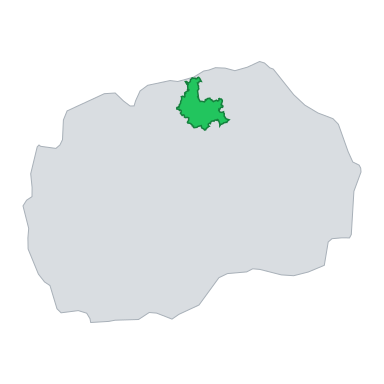 Kumanovo, Staro Nagoričane, North Macedonia shown in context
{"feature_id": "65306769B55307449205038", "entity_name": "Kumanovo", "entity_type": "district", "adm_level": 2, "iso_a3": "MKD", "parent_name": "North Macedonia", "parent_adm1": "Staro Nagoričane", "projection": "equal_earth", "projection_center": [21.797, 42.114], "detail": "fine", "context": "in_parent", "style": "filled", "palette": "green", "viewbox_px": 384, "rotation_deg": 0, "n_neighbors": 0, "source": "geoboundaries", "source_scale": "gbopen_adm2", "svg_char_len": 3434}
<svg xmlns="http://www.w3.org/2000/svg" viewBox="0 0 384 384"><path d="M170.5,80.6L177.8,81.5L193.7,77.1L203.7,71.0L208.7,70.1L215.4,67.7L225.1,68.1L234.9,70.7L247.3,67.2L259.6,61.5L264.5,63.0L269.8,67.8L273.3,69.1L293.7,94.7L304.8,105.1L318.0,113.0L333.0,118.7L338.4,124.3L348.1,151.6L352.8,162.0L359.1,165.1L360.7,168.1L361.0,172.0L353.9,191.3L351.3,234.5L349.5,237.9L342.0,237.8L332.0,238.7L328.2,242.0L324.3,265.3L308.3,272.0L293.7,275.7L281.4,274.9L259.8,269.4L252.7,268.8L246.7,271.9L227.4,273.6L218.9,277.7L199.0,305.0L178.8,314.4L172.0,319.1L156.6,313.1L149.2,312.5L138.5,319.5L115.1,320.2L108.8,321.4L90.7,322.5L90.0,318.7L86.7,313.2L78.3,310.6L61.1,312.8L57.0,308.8L50.0,285.6L44.5,281.9L38.4,274.1L28.1,249.0L27.9,238.0L28.7,228.4L23.0,205.9L26.6,200.2L32.0,196.6L32.1,187.6L30.7,173.8L37.2,146.9L39.0,145.0L40.6,146.3L55.9,148.4L59.9,145.0L62.5,139.7L63.4,120.0L67.1,110.9L104.3,93.7L115.2,93.0L123.5,101.0L130.1,106.0L134.1,105.9L135.6,100.8L140.1,90.9L147.7,85.3L170.3,80.5L170.5,80.6Z" fill="#d9dde1" stroke="#a8b0b8" stroke-width="1"/><path d="M229.1,119.8L226.0,118.8L225.7,118.1L225.2,117.9L225.1,117.2L224.2,116.2L224.2,113.5L223.5,112.7L223.5,111.8L221.9,112.4L220.1,112.2L218.7,110.4L218.9,109.4L219.4,110.0L220.4,108.0L221.2,107.2L222.3,107.4L222.8,106.9L222.9,106.0L221.3,105.1L221.2,104.6L221.7,104.6L221.5,103.6L222.3,101.5L222.3,100.3L221.6,99.8L221.7,99.4L221.0,98.9L220.5,99.1L219.6,98.8L219.3,98.5L218.8,98.8L219.0,99.9L218.6,100.7L218.1,100.6L217.6,101.0L216.5,100.2L213.7,101.4L213.4,101.2L213.2,101.5L211.7,100.2L211.7,99.7L210.5,99.6L209.9,98.2L207.4,98.6L206.9,99.3L205.8,99.5L205.3,99.9L205.7,100.4L205.3,100.5L204.5,101.9L201.8,101.3L200.2,101.5L198.7,98.9L198.5,97.8L198.1,97.8L197.7,96.6L198.3,96.3L197.5,90.7L198.8,88.9L198.4,87.1L198.6,86.0L198.1,85.4L197.5,82.9L198.6,82.8L198.9,81.9L199.9,81.2L201.3,81.4L199.7,78.4L198.6,77.3L198.3,77.4L198.0,77.5L197.5,77.7L197.4,77.9L197.1,78.3L197.0,78.6L196.6,78.7L196.1,78.9L195.9,78.9L195.7,78.7L195.4,78.3L195.2,78.2L194.5,78.2L194.4,78.2L193.7,78.3L192.8,78.0L192.2,77.9L192.0,78.4L191.5,79.0L190.6,79.5L190.4,79.8L190.4,80.6L190.4,81.2L190.2,81.6L190.0,81.8L189.8,82.0L188.8,82.7L188.3,82.8L187.7,82.8L187.4,82.1L187.0,81.9L186.4,81.5L186.0,81.5L185.9,81.7L185.4,81.7L186.9,84.3L188.1,84.4L187.6,85.6L187.9,88.5L187.5,89.6L187.6,89.9L188.8,89.9L188.7,90.4L188.1,90.4L188.1,90.9L186.7,91.4L184.9,92.7L185.5,93.5L184.7,93.8L184.9,96.5L184.6,97.0L182.8,96.2L181.3,96.7L181.7,97.7L181.5,99.9L180.7,101.3L180.5,103.4L179.2,105.0L179.5,105.5L179.0,107.0L178.6,106.8L178.4,107.3L177.2,107.3L176.7,107.9L176.9,109.1L177.7,109.1L178.6,109.6L179.2,109.4L179.5,110.3L180.0,109.9L181.1,110.5L181.2,112.2L180.4,113.1L182.2,115.5L183.3,114.8L183.9,115.0L184.4,116.0L184.4,117.1L185.3,117.6L187.4,117.4L188.7,117.8L188.6,120.3L187.4,122.2L187.8,123.0L190.0,123.3L191.1,123.9L191.3,124.4L192.2,125.0L192.3,125.9L193.5,126.2L193.4,127.1L194.0,127.7L197.0,127.3L197.8,126.5L201.2,125.6L201.7,127.9L203.7,128.9L204.5,130.0L205.7,129.8L206.3,128.4L208.0,127.2L208.3,126.5L209.2,126.3L208.5,125.6L208.2,124.2L209.4,123.2L210.4,123.6L210.6,122.5L211.4,121.3L213.1,120.9L214.0,121.2L214.1,120.6L215.3,120.0L216.7,120.3L217.0,119.6L217.5,119.5L217.8,120.3L218.2,120.1L218.4,120.5L219.2,122.1L219.8,124.2L219.8,125.8L220.7,124.5L223.0,123.6L223.9,122.7L225.0,122.7L226.2,122.1L226.8,122.4L227.7,120.9L229.1,119.8Z" fill="#22c55e" stroke="#15803d" stroke-width="1.5"/></svg>